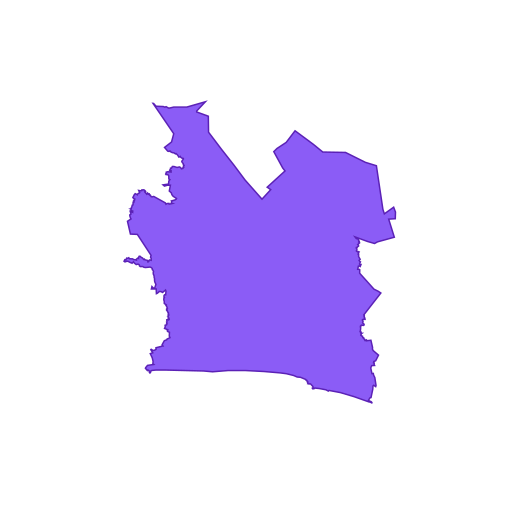 Petatlán, Guerrero, Mexico (Natural Earth projection), rotated 336°
{"feature_id": "50627088B29884383288787", "entity_name": "Petatlán", "entity_type": "district", "adm_level": 2, "iso_a3": "MEX", "parent_name": "Mexico", "parent_adm1": "Guerrero", "projection": "natural_earth1", "projection_center": [-101.255, 17.633], "detail": "fine", "context": "isolated", "style": "filled", "palette": "violet", "viewbox_px": 512, "rotation_deg": 336, "n_neighbors": 0, "source": "geoboundaries", "source_scale": "gbopen_adm2", "svg_char_len": 6147}
<svg xmlns="http://www.w3.org/2000/svg" viewBox="0 0 512 512"><g transform="rotate(336 256 256)"><path d="M402.7,222.5L394.0,214.9L379.9,197.8L359.3,188.2L353.8,177.3L342.6,157.5L329.8,164.5L318.9,166.3L314.7,167.9L316.2,186.5L317.1,190.1L294.2,197.7L296.4,201.4L284.6,206.5L276.9,182.1L272.8,164.0L267.8,144.2L263.0,123.6L269.3,108.9L260.4,100.3L260.8,99.4L272.5,94.5L253.4,91.8L241.5,86.5L237.3,85.7L236.2,85.2L234.6,83.0L233.3,83.0L232.2,81.8L225.6,78.5L224.5,75.0L224.0,74.7L230.6,110.8L225.2,117.5L216.6,119.6L218.0,124.3L219.1,125.1L220.1,125.0L220.6,126.4L221.7,127.6L222.9,128.3L224.0,130.0L224.6,129.9L225.4,131.7L225.8,134.3L227.3,134.3L227.2,134.8L228.2,136.6L229.3,137.3L229.2,137.8L226.7,139.3L226.6,140.2L227.1,142.1L226.8,142.7L227.2,144.0L226.9,144.3L226.4,144.2L226.0,144.8L226.0,145.7L225.3,146.0L224.9,145.8L224.6,146.2L224.2,146.0L223.6,146.2L223.3,146.0L223.0,144.4L222.3,143.5L219.9,143.0L217.5,140.9L216.0,140.2L214.5,141.4L213.7,141.0L213.5,141.4L212.0,142.6L212.8,143.6L213.1,143.6L212.6,144.8L209.6,143.1L208.1,142.9L207.8,143.6L206.8,144.4L206.9,145.0L208.5,145.7L208.9,147.3L207.7,150.2L208.4,151.2L206.8,152.1L205.4,154.7L200.0,153.2L200.8,154.9L203.7,155.3L206.6,156.5L203.2,161.4L204.3,163.8L204.1,165.8L204.6,167.8L206.8,171.1L206.3,171.6L204.5,171.8L201.2,171.3L201.3,171.7L200.1,173.3L200.9,174.0L198.1,173.4L197.7,173.2L197.8,172.5L196.1,171.9L194.8,172.1L194.8,170.6L186.8,160.0L185.1,159.7L184.3,159.1L184.3,157.8L183.9,157.7L183.7,157.2L183.9,156.8L183.2,156.2L183.7,156.0L183.7,155.7L182.7,155.3L182.6,154.4L181.3,155.1L180.5,152.5L181.8,152.8L181.3,152.4L181.4,151.6L180.8,151.0L180.9,150.5L180.4,149.9L178.6,149.2L178.3,149.8L176.9,149.4L175.5,148.4L175.5,150.8L172.5,151.3L172.4,151.6L171.0,149.9L169.8,150.5L170.1,150.2L167.3,152.5L167.5,153.3L167.9,153.7L167.8,154.4L168.4,154.7L167.5,155.9L166.7,155.8L166.6,156.9L166.2,157.3L165.6,156.9L164.4,159.3L163.6,159.2L162.4,160.8L161.5,161.4L161.4,162.0L160.6,161.9L160.9,162.2L160.3,163.3L161.7,164.9L161.1,165.4L161.0,165.9L159.2,164.2L159.0,166.4L158.6,167.0L157.7,166.9L157.1,167.8L156.8,170.0L156.9,171.3L152.7,172.0L150.2,184.9L156.4,188.0L160.4,212.7L159.2,214.2L159.3,215.5L158.5,217.3L157.1,216.3L156.2,216.6L155.8,217.4L154.9,217.5L154.9,215.7L153.2,214.5L152.8,213.5L152.3,213.8L152.0,213.6L151.5,211.6L150.6,210.6L150.1,209.2L149.2,208.7L148.3,209.4L147.7,210.4L147.3,209.8L146.3,210.0L145.3,210.4L145.1,211.1L144.1,210.2L143.0,209.7L142.1,208.4L139.2,207.0L139.1,205.8L137.8,205.9L137.0,205.3L135.6,206.5L135.4,206.6L134.7,206.0L133.3,207.1L133.9,208.1L136.0,208.3L137.0,208.9L138.7,211.1L139.4,211.5L139.8,212.2L141.7,211.5L142.0,213.0L143.1,215.1L144.5,215.3L145.3,215.8L145.8,216.7L145.5,217.6L146.0,218.6L148.3,219.6L149.0,220.7L150.4,221.6L154.7,223.0L155.7,224.1L156.1,225.2L155.7,226.3L156.1,227.0L156.0,228.7L155.3,229.4L154.8,230.9L154.9,231.6L154.7,233.1L154.3,233.9L154.0,235.9L153.6,236.4L153.0,238.3L153.0,241.2L150.2,244.3L149.1,243.3L148.5,241.6L147.0,243.6L151.4,245.5L149.7,249.9L150.7,249.9L153.3,249.1L154.8,249.9L155.8,251.3L159.5,250.3L159.4,251.6L157.7,254.7L156.9,254.2L156.0,254.6L155.3,255.9L155.4,256.8L154.8,256.9L153.9,258.6L153.8,259.9L152.9,262.1L154.2,264.2L153.6,264.7L153.9,265.1L153.8,267.7L152.8,268.0L152.4,268.8L152.8,269.0L152.4,269.6L152.7,269.8L152.6,271.9L152.9,272.1L152.6,272.9L152.1,273.4L152.5,273.8L152.2,274.6L151.1,275.0L151.4,275.3L150.5,276.9L150.5,277.6L151.1,277.5L151.0,278.5L150.2,278.9L149.6,278.2L148.5,278.0L148.0,279.7L147.6,280.4L147.4,280.3L147.2,281.7L146.7,281.6L146.2,282.5L144.8,282.3L144.2,283.9L143.0,285.0L144.7,286.7L144.6,287.1L145.4,287.5L144.5,288.9L145.9,290.5L144.2,293.9L144.2,295.6L140.9,295.7L140.4,296.2L137.8,296.1L134.2,298.8L134.4,300.4L133.2,299.9L132.9,300.1L127.3,299.1L126.7,300.6L124.8,300.8L123.5,300.4L122.3,298.6L121.8,298.8L122.3,302.4L119.7,302.2L119.8,306.8L119.1,310.5L118.0,312.4L118.5,313.5L112.4,311.8L109.8,313.1L109.3,313.6L110.1,316.2L110.4,315.9L110.8,316.1L111.7,317.3L111.3,318.7L111.4,319.6L112.0,319.7L113.5,318.1L114.3,318.2L118.3,319.5L126.8,323.3L161.3,339.7L169.2,344.1L184.0,349.3L200.1,356.5L216.2,364.7L230.5,372.6L235.9,375.9L241.7,380.4L244.4,383.3L247.3,384.9L251.2,389.0L251.2,389.8L251.8,390.2L251.8,391.1L252.1,391.6L251.6,391.8L251.9,393.3L251.4,393.7L252.5,394.6L253.2,394.5L253.9,395.3L254.9,398.3L254.5,399.7L253.7,399.7L253.9,400.5L255.1,400.8L255.3,400.5L256.1,400.6L259.9,402.8L265.5,406.7L267.1,408.8L267.8,408.5L268.3,408.7L277.4,415.0L288.5,424.5L300.0,435.4L300.8,435.8L302.0,437.3L302.3,437.0L301.9,435.8L300.6,434.5L300.1,433.5L302.5,431.9L303.5,432.1L308.5,425.2L310.0,422.3L311.0,422.0L312.2,424.0L313.0,423.1L315.1,415.4L315.0,412.6L315.4,411.0L314.1,410.6L315.3,404.9L317.1,403.2L319.8,404.2L319.8,403.1L320.3,402.2L319.9,401.4L320.8,400.9L320.8,400.3L322.7,400.4L327.6,396.4L324.6,390.1L324.5,388.5L325.3,386.9L326.7,379.7L322.5,378.4L322.8,377.7L322.6,377.4L322.3,377.8L321.2,377.6L321.1,375.6L320.7,375.1L321.1,374.6L320.4,373.8L320.7,372.6L319.9,371.9L320.0,371.1L319.6,370.9L320.3,369.9L321.3,369.7L320.7,369.4L320.9,368.8L320.4,369.0L320.3,368.7L320.5,367.7L320.4,367.2L320.8,367.0L322.2,364.6L322.5,363.3L322.8,363.4L323.3,362.7L323.2,362.4L324.2,362.0L325.8,363.1L326.8,362.9L326.9,361.9L326.3,360.7L326.5,360.5L326.4,360.0L327.2,359.3L327.1,357.7L327.5,357.4L328.9,357.9L329.3,357.4L329.9,358.0L330.2,356.8L330.0,355.6L330.5,355.0L330.3,354.6L330.8,354.1L330.6,353.6L355.0,340.6L353.3,337.9L350.3,334.3L343.7,313.9L345.2,310.7L344.9,310.2L343.5,309.5L345.4,306.9L346.3,307.2L346.9,308.0L348.4,306.5L347.4,306.1L347.3,305.4L349.0,303.8L348.6,303.4L348.4,301.9L349.8,301.4L349.5,298.2L350.5,296.1L350.1,295.9L350.8,294.8L351.8,294.2L351.3,293.7L350.9,294.0L349.9,292.7L350.1,292.6L350.0,291.9L350.6,291.6L351.1,290.3L350.8,289.7L351.1,289.0L352.2,289.2L352.7,288.8L353.7,288.7L354.0,287.9L353.6,286.9L356.0,286.1L356.0,285.4L355.6,285.0L356.3,284.5L355.9,283.8L356.3,283.2L356.1,282.0L354.7,280.9L354.2,278.8L363.8,288.1L369.4,292.8L372.7,292.5L390.0,295.1L392.2,276.3L398.4,278.6L401.3,272.6L401.6,267.4L390.4,269.7L390.9,265.0L402.7,222.5Z" fill="#8b5cf6" stroke="#5b21b6" stroke-width="1.5"/></g></svg>